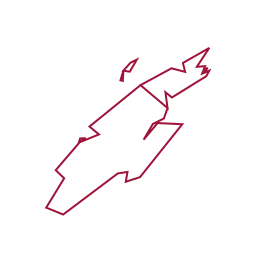 SVG path tracing the border of Chukchi Autonomous Okrug, rotated 312°
{"feature_id": "RUS-2321", "entity_name": "Chukchi Autonomous Okrug", "entity_type": "Autonomous Province", "adm_level": 1, "iso_a3": "RUS", "parent_name": "Russia", "parent_adm1": "", "projection": "natural_earth1", "projection_center": [175.436, 66.707], "detail": "coarse", "context": "isolated", "style": "outline", "palette": "rose", "viewbox_px": 256, "rotation_deg": 312, "n_neighbors": 0, "source": "natural_earth", "source_scale": "10m", "svg_char_len": 745}
<svg xmlns="http://www.w3.org/2000/svg" viewBox="0 0 256 256"><g transform="rotate(312 128 128)"><path d="M48.3,102.5L84.9,101.6L103.8,110.7L103.3,98.4L168.2,108.6L169.3,144.0L159.2,148.3L147.6,143.8L129.8,147.4L151.5,146.7L167.1,165.8L99.5,169.8L86.6,162.3L95.0,157.0L87.4,150.8L20.3,137.7L14.1,120.5L47.9,114.2L48.3,102.5ZM168.2,108.6L201.5,120.4L207.9,132.9L213.1,125.3L241.9,134.8L219.6,138.2L225.5,143.9L218.0,146.7L225.0,150.0L218.8,151.5L180.1,140.2L179.6,131.9L169.3,144.0L168.2,108.6ZM167.5,86.2L178.2,86.2L184.7,88.8L171.0,91.6L167.5,86.2ZM167.5,86.2L159.6,92.6L158.4,90.5L167.5,86.2ZM88.2,99.4L92.1,103.4L84.6,101.1L88.2,99.4ZM223.0,146.1L226.0,146.8L221.9,147.5L223.0,146.1Z" fill="none" stroke="#9f1239" stroke-width="2"/></g></svg>